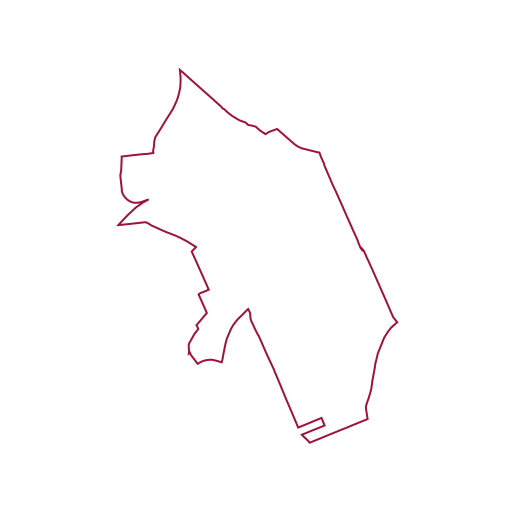 outline of Strathfield, New South Wales, Australia, rotated 327°
{"feature_id": "25037944B1137671739470", "entity_name": "Strathfield", "entity_type": "district", "adm_level": 2, "iso_a3": "AUS", "parent_name": "Australia", "parent_adm1": "New South Wales", "projection": "orthographic", "projection_center": [151.074, -33.88], "detail": "fine", "context": "isolated", "style": "outline", "palette": "rose", "viewbox_px": 512, "rotation_deg": 327, "n_neighbors": 0, "source": "geoboundaries", "source_scale": "gbopen_adm2", "svg_char_len": 5622}
<svg xmlns="http://www.w3.org/2000/svg" viewBox="0 0 512 512"><g transform="rotate(327 256 256)"><path d="M365.5,203.7L364.6,203.0L357.4,195.3L354.4,192.1L354.0,191.7L353.7,191.3L353.3,190.9L353.0,190.5L352.7,190.0L352.2,189.3L352.0,189.0L351.7,188.6L351.2,187.8L350.8,187.0L350.4,186.3L350.1,185.5L349.8,184.8L349.5,184.1L349.2,183.3L349.0,182.6L345.9,171.8L342.9,161.0L340.9,160.5L336.5,159.5L334.2,159.0L330.4,159.0L330.0,158.3L329.8,157.7L329.7,157.3L329.5,157.1L328.3,154.2L327.8,153.2L327.7,152.9L327.6,152.5L326.6,148.9L326.4,148.1L326.3,147.9L326.3,147.7L326.2,147.5L326.0,147.2L325.9,147.0L325.7,146.8L323.6,144.4L321.1,142.2L320.9,141.9L320.7,141.5L320.4,140.0L320.2,139.7L320.0,138.6L319.7,138.0L316.9,134.4L315.7,132.6L312.9,126.8L312.3,125.5L311.4,123.0L310.7,121.0L310.2,119.4L309.4,115.9L309.2,115.5L308.8,114.8L308.5,114.3L308.0,111.1L307.0,107.6L305.5,102.0L305.4,101.5L303.7,95.3L302.0,89.3L300.5,83.8L298.4,76.2L295.0,63.5L293.5,58.5L292.0,61.3L291.0,63.3L289.8,65.4L288.7,67.2L287.6,68.8L286.5,70.4L285.4,71.9L284.2,73.4L282.9,74.8L282.4,75.2L280.4,77.3L279.7,77.9L279.1,78.4L278.5,79.0L277.9,79.5L276.7,80.6L274.6,82.2L272.4,83.7L270.1,85.1L269.1,85.8L267.9,86.5L265.6,87.8L263.9,88.6L262.3,89.4L260.3,90.3L258.9,90.9L257.2,91.7L255.2,92.6L249.2,95.5L247.2,96.5L245.6,97.2L242.3,98.8L240.6,99.5L239.0,100.3L236.9,101.1L236.0,101.8L235.2,102.5L234.4,103.2L233.7,104.0L232.9,104.8L232.2,105.6L231.6,106.5L231.0,107.4L230.3,108.2L229.6,109.0L229.3,109.4L228.9,109.8L228.4,110.3L228.1,110.5L227.8,110.8L227.5,111.2L227.2,111.5L227.0,111.9L226.7,112.3L226.5,112.7L226.0,113.7L224.7,113.1L219.7,110.8L219.1,110.4L218.8,110.3L218.4,109.9L217.3,109.4L211.0,106.1L197.5,99.4L197.2,100.0L189.4,111.0L186.1,114.5L182.5,121.5L179.7,127.2L179.4,127.5L179.2,127.8L178.6,129.1L178.2,130.8L178.0,132.7L178.0,134.5L178.2,136.3L178.5,137.5L178.8,138.8L179.3,140.0L179.9,141.2L180.5,142.3L180.7,142.6L181.0,143.0L181.5,143.6L181.7,143.9L182.4,144.6L183.2,145.2L184.0,145.8L184.8,146.3L185.7,146.8L187.4,147.6L189.1,148.2L190.9,148.7L195.9,149.8L196.8,150.0L196.7,150.0L195.7,150.0L190.6,149.6L187.4,149.7L181.7,149.9L170.8,151.8L168.7,152.3L166.6,152.8L164.0,153.4L157.5,155.1L158.2,155.5L158.5,155.6L158.7,155.8L164.7,158.9L176.4,164.8L181.8,167.5L182.0,167.7L182.5,168.7L183.2,169.6L184.9,173.3L190.3,181.8L191.4,183.5L193.8,187.1L199.4,194.8L202.9,200.4L206.1,206.1L209.7,213.9L210.4,215.2L210.6,215.8L209.4,216.1L208.3,216.3L207.9,216.4L204.5,217.3L203.4,224.4L203.3,225.2L203.2,226.0L198.9,253.2L198.1,257.9L198.0,258.4L198.0,258.5L191.0,257.3L190.5,257.1L190.0,256.9L189.4,256.8L188.9,256.8L188.3,256.8L187.8,256.8L187.2,256.9L186.9,257.0L186.8,257.7L186.8,257.9L184.2,274.3L183.8,276.2L183.7,277.0L169.2,281.4L168.4,281.6L168.2,284.1L167.8,285.8L163.6,287.3L163.4,287.3L162.7,287.6L162.0,287.8L161.3,288.2L160.6,288.5L157.7,290.1L153.0,292.5L152.8,292.6L152.6,292.7L152.4,292.9L152.2,293.0L151.8,293.4L151.6,293.5L151.3,293.9L151.1,294.0L150.8,294.4L148.0,299.4L146.5,301.3L147.9,301.2L147.5,303.6L148.3,314.2L148.4,314.7L149.4,314.7L150.4,314.7L151.5,314.8L152.5,314.9L153.5,315.1L154.6,315.3L155.6,315.6L156.6,315.9L157.6,316.3L158.5,316.7L159.5,317.2L160.4,317.7L161.6,318.4L162.7,319.1L163.5,319.9L164.6,321.1L165.8,322.3L167.9,324.8L169.3,326.5L172.4,323.6L174.4,321.4L176.7,319.0L181.1,314.5L183.1,312.5L185.2,310.6L186.9,309.2L189.3,307.6L190.7,306.6L192.5,305.4L193.7,304.6L195.1,303.7L196.7,302.8L198.7,301.8L201.9,300.5L206.4,299.1L207.7,298.8L210.2,298.3L210.4,298.3L213.9,297.5L216.4,297.0L218.8,296.5L220.5,296.2L220.3,297.9L220.2,299.5L219.8,301.0L218.2,303.8L217.6,305.0L216.9,306.8L216.5,308.6L216.2,311.4L215.6,315.1L215.1,319.2L214.7,323.0L214.7,323.8L214.8,324.6L214.4,326.8L213.6,331.7L212.7,337.1L212.0,341.3L211.1,347.2L209.4,359.4L209.4,359.9L208.8,362.6L208.2,366.1L207.2,371.6L206.8,373.7L206.1,377.7L205.5,380.7L203.2,393.1L202.7,396.0L201.5,402.9L199.7,413.0L198.5,419.8L197.9,422.8L199.1,423.1L208.8,424.9L213.7,425.8L222.7,427.5L222.6,428.1L222.5,429.0L222.1,430.8L221.9,431.7L221.8,432.6L221.4,434.4L221.2,435.5L220.3,435.3L214.8,434.3L209.9,433.3L204.0,432.2L198.4,431.1L197.1,430.9L197.2,432.0L197.6,433.3L198.5,437.0L198.8,438.1L199.1,439.9L199.3,441.8L203.8,442.7L216.6,445.1L219.3,445.6L222.3,446.2L227.0,447.1L228.1,447.3L233.9,448.4L239.7,449.6L242.2,450.0L258.0,453.0L260.8,453.5L265.1,443.9L265.4,443.4L265.6,443.1L265.9,442.6L266.4,441.9L267.9,440.6L269.4,439.4L270.7,438.3L272.0,437.4L273.1,436.5L273.5,436.2L275.0,434.9L275.6,434.4L276.8,433.4L278.3,432.1L279.7,430.9L282.9,427.3L284.9,424.9L285.5,424.2L289.1,420.4L290.4,419.0L293.1,416.2L295.2,413.9L298.0,410.7L299.0,409.9L300.1,408.9L304.7,404.4L305.2,404.0L307.4,402.5L311.2,399.8L318.3,394.8L319.5,394.1L320.9,393.4L325.0,391.6L325.6,391.3L328.0,390.5L329.9,389.8L333.7,389.1L334.0,389.1L335.0,389.0L338.4,388.4L338.3,387.8L337.9,384.0L337.8,382.9L337.8,381.6L338.0,380.5L338.4,377.8L339.2,373.2L339.6,370.7L340.1,367.8L340.7,364.6L340.8,363.7L341.6,359.0L341.8,357.6L342.9,350.8L343.9,344.7L344.5,341.1L345.7,333.5L346.5,328.6L346.8,326.2L347.5,322.2L347.6,321.4L347.9,318.7L348.0,317.8L348.5,315.2L349.2,310.8L349.2,310.4L349.1,309.4L349.0,308.2L348.9,307.5L348.2,308.3L348.1,306.4L348.1,305.6L348.3,304.9L348.5,304.0L349.2,300.1L349.6,299.1L350.9,290.8L351.5,286.7L352.3,281.7L353.7,272.9L354.7,266.6L355.3,263.1L356.3,256.9L356.5,255.5L357.4,249.9L357.7,247.9L358.0,246.0L359.0,238.5L359.9,233.3L360.3,231.2L360.6,229.1L361.2,225.8L361.8,222.5L362.2,219.8L362.7,217.1L363.1,216.2L363.3,215.8L364.1,210.9L364.4,208.6L364.6,207.6L364.9,206.7L365.5,203.7Z" fill="none" stroke="#9f1239" stroke-width="2"/></g></svg>